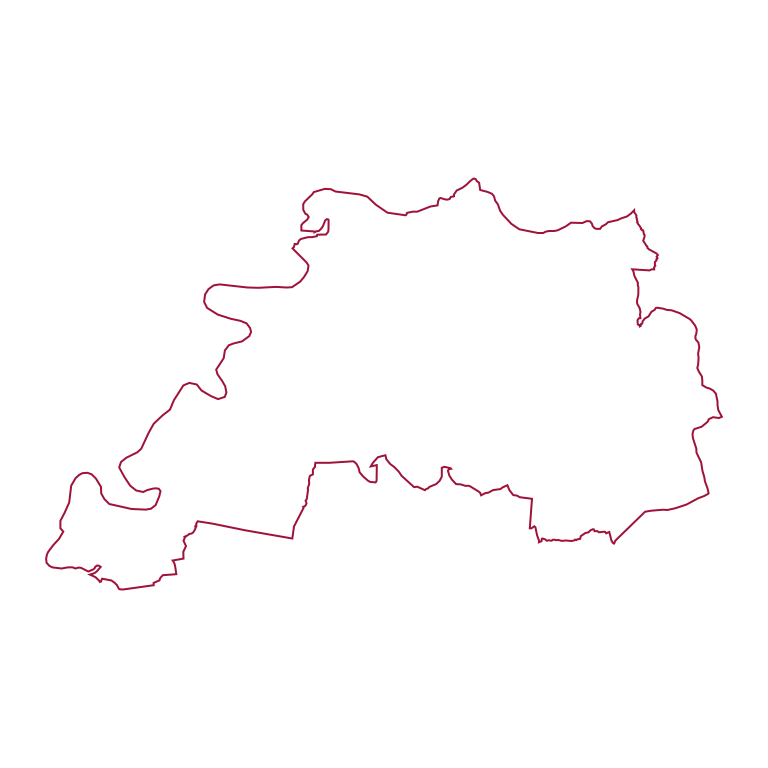 the district of Ion Creanga, Neamt, Romania
{"feature_id": "2599482B59992894618457", "entity_name": "Ion Creanga", "entity_type": "district", "adm_level": 2, "iso_a3": "ROU", "parent_name": "Romania", "parent_adm1": "Neamt", "projection": "robinson", "projection_center": [27.026, 46.861], "detail": "fine", "context": "isolated", "style": "outline", "palette": "rose", "viewbox_px": 768, "rotation_deg": 0, "n_neighbors": 0, "source": "geoboundaries", "source_scale": "gbopen_adm2", "svg_char_len": 6088}
<svg xmlns="http://www.w3.org/2000/svg" viewBox="0 0 768 768"><path d="M75.4,568.5L78.5,567.6L80.9,567.8L88.3,571.5L93.5,569.3L94.9,567.8L95.2,566.9L96.9,565.6L98.7,565.6L100.7,566.9L96.6,571.6L94.3,573.2L89.9,574.6L95.4,577.1L99.1,580.6L99.9,582.0L100.9,581.6L102.1,578.7L111.5,580.5L114.9,583.0L117.0,585.2L118.9,588.8L119.8,589.3L123.1,589.5L153.7,585.2L153.6,582.9L159.4,580.4L160.3,578.0L162.8,575.2L176.3,574.2L175.2,566.5L174.3,563.1L172.7,560.5L183.5,558.6L183.3,551.8L186.0,546.1L183.5,540.7L184.3,539.3L184.4,538.0L185.2,537.2L184.7,536.7L187.7,535.3L189.2,534.0L191.7,533.5L193.1,532.5L195.0,529.6L195.6,527.8L195.4,527.1L195.9,527.1L196.4,526.1L195.8,525.7L196.3,525.3L196.2,523.7L197.7,521.3L212.3,523.6L245.7,530.4L292.3,538.5L294.0,526.5L303.6,507.8L303.1,506.9L305.2,505.9L306.0,504.7L306.5,503.2L305.6,500.7L306.8,499.0L308.1,489.2L307.7,488.3L309.2,484.0L309.0,479.9L309.5,477.1L310.1,475.7L312.9,474.4L312.9,469.5L315.1,466.7L315.0,465.0L315.4,462.8L329.3,462.8L353.0,461.3L354.4,461.9L356.8,464.3L358.7,468.3L359.6,472.3L363.2,476.5L368.0,480.7L370.2,481.9L375.4,482.4L376.0,482.0L376.6,480.4L376.8,465.1L370.8,466.4L372.8,462.9L377.9,457.2L385.4,455.2L386.4,459.3L390.3,464.1L394.6,467.3L398.9,471.8L401.5,475.7L414.0,487.1L417.2,486.7L425.0,490.2L425.9,489.2L428.1,488.3L429.4,486.9L436.3,484.0L439.7,480.7L441.8,476.6L441.8,467.8L444.3,466.8L450.6,468.2L451.1,468.8L448.9,469.3L447.9,470.7L449.4,475.7L451.9,479.6L456.1,484.1L460.7,484.4L465.7,485.9L468.5,485.7L470.1,486.3L478.7,491.6L480.2,492.9L481.1,495.3L485.4,493.1L488.5,492.6L493.0,490.1L500.3,489.1L502.8,487.3L507.4,485.2L509.5,490.3L513.3,495.1L517.0,495.6L519.7,497.2L532.0,498.8L529.8,528.3L531.5,528.3L534.2,526.3L535.4,527.2L537.1,535.4L539.2,541.1L539.0,542.2L541.5,541.2L541.9,538.7L542.4,538.5L545.2,539.4L546.9,540.8L548.5,540.3L551.7,540.7L552.6,539.9L554.0,539.6L556.0,540.2L558.5,540.0L561.7,540.9L565.8,540.5L571.6,541.0L574.3,540.4L575.1,539.6L576.4,540.1L577.2,539.4L580.2,538.8L580.7,536.2L585.4,533.0L588.5,532.3L590.3,530.4L593.0,529.2L593.8,529.4L594.6,531.2L597.2,531.1L599.1,532.3L604.1,531.7L605.4,532.1L606.1,533.3L609.3,532.0L611.4,540.4L612.6,542.6L613.8,543.6L614.2,543.5L615.1,541.0L616.9,539.1L645.1,511.7L651.3,510.7L663.4,509.7L667.3,510.0L675.5,508.2L686.6,504.5L698.3,498.2L704.0,496.1L708.2,493.8L708.6,493.2L707.5,488.3L704.9,481.2L704.3,477.1L702.5,471.0L701.1,462.2L696.5,452.7L696.3,448.6L692.9,438.0L692.5,433.9L693.4,430.5L694.5,429.0L701.5,426.8L706.6,422.7L708.2,421.0L708.5,419.7L709.2,419.0L713.0,417.2L718.9,418.0L721.9,416.8L718.3,410.1L717.5,405.0L717.5,401.3L715.9,393.7L713.3,390.6L709.6,388.5L706.4,387.6L702.3,385.1L702.3,380.2L701.9,376.5L698.7,371.3L697.3,368.0L698.1,364.7L698.6,358.1L698.1,353.4L699.3,347.3L698.4,342.5L696.0,339.8L695.4,338.3L695.5,335.6L696.2,334.3L696.8,329.7L695.2,325.7L691.3,320.5L689.8,319.1L679.6,313.1L671.6,310.3L666.8,309.9L663.3,308.7L657.0,307.7L655.7,308.1L654.7,309.8L651.4,311.8L648.5,316.4L644.7,318.6L642.6,321.4L642.2,323.6L640.9,324.1L640.8,325.8L639.9,326.4L639.6,325.0L638.5,325.0L637.8,324.3L637.5,320.2L638.8,318.3L640.4,318.2L640.0,314.2L640.5,312.0L639.6,308.0L637.4,304.1L637.0,302.3L637.1,300.1L638.3,294.8L638.4,287.5L637.7,284.2L638.0,283.0L634.4,275.9L633.4,271.4L632.2,269.3L649.4,270.4L651.8,269.3L654.2,269.4L654.0,267.6L655.3,265.7L654.9,265.3L654.9,261.9L656.2,260.8L656.7,259.7L656.4,259.2L657.5,258.1L656.6,256.6L657.9,255.1L656.7,253.6L649.1,249.4L647.4,247.9L647.3,246.4L646.4,245.7L643.2,240.7L644.5,236.9L644.6,235.0L643.9,234.3L643.2,230.4L642.0,230.2L641.4,229.1L640.9,229.0L641.0,228.2L639.6,225.9L637.6,223.4L637.6,222.6L637.1,222.1L637.5,221.6L636.7,219.0L636.9,218.4L636.3,217.4L636.5,215.6L634.1,211.8L634.1,210.3L631.1,213.4L627.1,216.4L620.3,218.7L617.9,220.0L608.1,222.2L605.7,224.4L602.0,226.3L600.0,228.9L596.0,228.8L594.2,227.9L592.6,226.0L591.9,223.6L590.0,221.3L586.8,221.1L582.4,223.0L571.0,222.7L565.9,226.3L557.7,230.3L554.2,231.0L548.8,231.0L545.3,231.8L543.3,233.0L538.0,233.0L519.4,229.3L511.4,223.9L502.9,214.8L500.1,210.7L497.9,204.4L495.2,200.7L494.0,196.3L492.0,193.8L487.5,191.9L480.2,190.0L479.1,182.7L476.9,181.2L475.7,179.2L474.2,178.5L472.8,179.0L470.2,181.1L466.6,184.6L462.5,187.7L456.7,190.5L453.9,194.6L454.0,196.3L450.7,197.0L449.6,199.0L447.6,199.6L445.5,199.5L440.5,198.0L439.3,198.5L438.1,201.4L437.5,205.4L430.4,206.5L417.2,211.7L412.6,211.7L407.7,212.7L406.8,213.1L406.5,214.6L405.6,215.3L387.5,212.7L376.1,204.9L367.2,196.6L359.4,194.4L335.4,191.5L330.9,189.2L324.7,188.9L313.7,192.1L312.5,194.1L304.9,201.4L303.2,204.2L303.3,210.0L305.5,213.9L307.2,214.6L308.7,217.1L307.2,219.6L302.8,223.3L301.3,225.3L301.4,230.5L314.7,231.5L314.6,232.2L316.6,231.2L318.7,231.0L320.8,229.1L322.8,226.5L325.2,220.4L326.7,219.2L328.0,219.3L328.6,220.1L328.5,229.1L328.2,231.7L326.1,234.5L317.2,234.7L316.9,236.2L312.1,237.1L307.7,237.2L300.9,239.0L299.1,240.4L297.6,243.9L297.0,244.2L294.7,243.9L294.0,246.9L292.5,248.4L306.6,262.5L308.5,265.5L307.6,271.2L304.1,276.9L300.1,281.7L292.0,287.2L286.7,287.5L275.8,286.9L258.7,287.8L247.4,287.5L219.7,284.4L213.6,285.4L208.5,289.1L205.1,294.4L204.1,301.9L207.1,307.9L217.8,314.6L230.9,318.8L240.3,320.8L246.5,323.3L250.0,327.9L251.1,331.9L249.3,336.1L242.0,341.4L233.8,343.4L228.9,345.2L224.9,350.4L223.7,358.2L216.2,369.6L217.5,374.3L222.0,380.7L225.2,386.3L226.4,392.5L224.8,396.9L218.1,399.1L211.0,396.1L201.5,390.5L196.8,384.5L189.3,382.9L183.4,385.4L173.9,400.2L170.0,409.6L162.3,415.6L153.7,423.8L148.6,432.9L141.2,448.8L137.3,452.3L126.2,457.8L121.0,462.0L119.2,467.4L120.8,470.4L124.4,477.0L130.2,485.7L136.2,490.5L143.3,492.0L147.1,490.1L153.0,488.6L155.8,488.3L158.7,488.7L160.5,491.1L159.3,496.2L155.7,505.0L151.0,508.7L145.9,509.6L131.6,509.0L109.3,504.0L104.4,499.1L101.2,493.4L101.0,486.9L95.8,478.4L91.6,474.3L87.5,472.8L82.4,473.2L79.2,474.9L75.6,478.1L71.2,485.7L69.2,502.5L64.6,512.8L60.4,520.8L60.4,528.3L63.3,531.6L59.0,538.9L53.1,545.3L48.1,552.0L46.9,554.7L46.1,559.0L46.6,562.9L49.6,566.0L52.5,567.4L61.6,568.5L67.6,567.4L72.5,567.3L75.4,568.5Z" fill="none" stroke="#9f1239" stroke-width="2"/></svg>